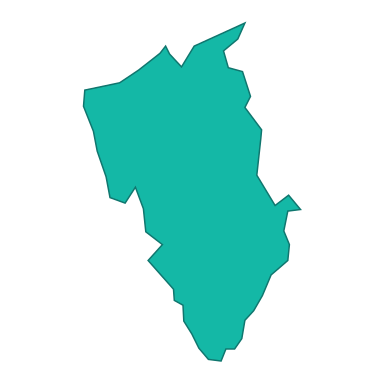 Peristeronari, Cyprus (Albers equal-area conic projection)
{"feature_id": "46923920B2935108629033", "entity_name": "Peristeronari", "entity_type": "district", "adm_level": 2, "iso_a3": "CYP", "parent_name": "Cyprus", "parent_adm1": "", "projection": "albers", "projection_center": [32.861, 35.138], "detail": "fine", "context": "isolated", "style": "filled", "palette": "teal", "viewbox_px": 384, "rotation_deg": 0, "n_neighbors": 0, "source": "geoboundaries", "source_scale": "gbopen_adm2", "svg_char_len": 737}
<svg xmlns="http://www.w3.org/2000/svg" viewBox="0 0 384 384"><path d="M97.2,151.1L106.1,176.8L110.0,197.6L125.1,203.1L135.4,187.2L143.4,208.7L145.8,231.8L162.4,244.6L148.1,260.5L173.5,289.2L174.3,300.4L183.0,305.2L183.8,321.1L191.8,333.9L198.9,348.2L208.4,359.4L221.1,361.0L225.9,349.0L234.6,349.0L241.8,338.6L244.9,320.3L253.7,310.7L262.4,295.6L271.1,274.9L287.8,260.5L289.4,244.6L283.8,231.0L287.8,211.1L300.5,209.5L288.6,195.2L275.1,205.5L256.8,175.2L260.8,138.6L261.6,129.8L244.9,107.5L250.5,96.4L242.5,71.6L228.3,67.7L223.5,50.9L237.8,39.0L244.9,23.0L194.2,46.1L181.5,66.9L169.6,54.1L165.6,46.1L160.0,53.3L138.6,70.1L119.6,82.8L84.8,90.1L83.5,106.3L93.4,131.2L97.2,151.1Z" fill="#14b8a6" stroke="#0f766e" stroke-width="1.5"/></svg>